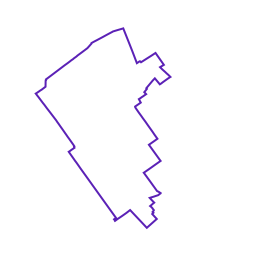 the district of Victoria, Braila, Romania, rotated 51°
{"feature_id": "2599482B65083865075040", "entity_name": "Victoria", "entity_type": "district", "adm_level": 2, "iso_a3": "ROU", "parent_name": "Romania", "parent_adm1": "Braila", "projection": "natural_earth1", "projection_center": [27.658, 44.813], "detail": "fine", "context": "isolated", "style": "outline", "palette": "violet", "viewbox_px": 256, "rotation_deg": 51, "n_neighbors": 0, "source": "geoboundaries", "source_scale": "gbopen_adm2", "svg_char_len": 2469}
<svg xmlns="http://www.w3.org/2000/svg" viewBox="0 0 256 256"><g transform="rotate(51 128 128)"><path d="M109.2,189.0L110.2,189.1L113.2,189.3L117.6,189.6L117.8,189.6L120.3,189.8L121.1,189.8L123.2,189.9L126.0,190.1L130.1,190.4L142.4,191.1L150.6,191.6L162.6,192.3L181.3,193.4L190.4,193.9L190.2,196.3L190.5,196.3L191.0,196.3L191.5,196.4L191.7,196.5L191.9,196.6L192.0,196.6L192.1,194.8L192.2,193.0L192.5,189.7L192.6,188.6L192.8,185.7L193.0,182.8L193.1,178.0L209.0,176.8L217.4,176.2L216.8,162.9L210.1,163.3L209.9,161.6L208.7,161.7L208.6,161.1L208.3,159.8L208.1,159.6L206.3,159.6L205.9,159.5L205.6,159.5L204.0,159.6L203.5,159.7L202.6,159.9L202.6,158.6L202.5,156.6L202.5,154.6L199.3,154.9L196.0,155.1L196.5,153.8L197.0,152.5L197.3,151.8L197.6,151.1L198.1,149.7L198.7,148.1L199.1,147.1L199.2,146.6L199.2,145.6L199.2,145.1L199.3,143.8L199.2,143.6L197.6,144.1L196.5,144.5L195.9,144.8L195.5,145.0L195.2,145.1L183.1,144.4L172.9,143.9L172.7,143.9L173.2,137.2L173.4,134.3L173.5,132.5L173.7,129.3L174.1,123.4L173.8,123.4L166.7,123.0L154.2,122.3L154.7,115.1L154.8,113.2L154.9,112.4L154.9,111.9L149.7,111.6L146.3,111.3L138.3,110.8L134.2,110.5L129.7,110.3L126.8,110.1L124.8,110.0L122.8,109.9L120.3,109.7L117.6,109.5L116.8,109.4L116.3,109.3L115.8,109.0L116.3,102.3L116.3,102.1L112.4,101.4L112.6,99.8L112.7,97.5L112.8,97.1L113.1,92.6L110.4,92.8L109.5,88.7L108.6,88.7L106.7,79.0L106.3,75.9L111.3,75.8L113.7,75.8L114.1,75.8L114.3,74.0L114.3,72.5L114.6,67.4L114.7,66.0L114.9,63.6L115.0,62.9L112.2,63.2L109.9,63.6L107.5,63.9L106.4,64.1L103.8,64.5L100.9,64.8L101.5,60.4L91.6,59.7L87.0,59.4L86.5,64.5L86.0,68.7L85.1,76.5L83.9,76.6L83.6,76.8L83.5,77.1L83.2,80.3L75.0,77.6L71.0,76.3L65.3,74.5L47.6,69.0L46.7,71.2L45.9,73.1L44.5,76.5L43.5,79.0L43.4,80.0L43.3,80.3L42.3,85.5L41.3,91.0L40.1,97.2L39.6,99.6L39.0,102.9L39.4,103.3L40.4,109.2L40.2,115.1L39.9,122.1L40.0,122.4L40.0,122.6L40.0,122.9L40.0,123.1L39.8,126.6L39.9,126.9L39.9,127.1L39.7,129.5L39.7,131.1L39.6,134.2L39.4,137.6L38.8,156.0L38.6,161.0L38.9,161.0L39.4,161.9L39.4,162.2L39.6,162.4L40.3,163.0L41.5,164.0L44.0,166.1L44.0,167.3L43.9,170.1L43.9,170.7L43.6,173.2L43.6,173.8L43.3,177.5L43.2,178.0L45.5,178.1L47.1,178.1L55.1,178.4L57.3,178.4L61.6,178.6L66.5,178.7L76.8,179.0L78.9,179.2L81.0,179.3L83.6,179.5L86.8,179.7L91.2,180.0L92.3,180.1L94.1,180.2L96.5,180.4L98.1,180.5L98.7,180.5L106.3,181.0L108.5,181.2L108.6,181.8L109.1,182.0L109.7,182.1L109.4,185.8L109.3,188.4L109.2,189.0Z" fill="none" stroke="#5b21b6" stroke-width="2"/></g></svg>